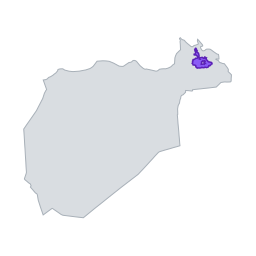 location of Kollo, Tillabéri, Niger, rotated 176°
{"feature_id": "23599985B29201413246391", "entity_name": "Kollo", "entity_type": "district", "adm_level": 2, "iso_a3": "NER", "parent_name": "Niger", "parent_adm1": "Tillabéri", "projection": "orthographic", "projection_center": [2.24, 13.192], "detail": "fine", "context": "in_parent", "style": "filled", "palette": "violet", "viewbox_px": 256, "rotation_deg": 176, "n_neighbors": 0, "source": "geoboundaries", "source_scale": "gbopen_adm2", "svg_char_len": 4489}
<svg xmlns="http://www.w3.org/2000/svg" viewBox="0 0 256 256"><g transform="rotate(176 128 128)"><path d="M209.2,181.8L206.7,182.0L205.3,182.5L203.6,184.0L201.6,184.6L199.2,185.9L197.7,187.0L196.3,187.8L194.3,189.8L193.7,191.3L191.7,191.7L188.9,191.6L187.1,190.2L182.9,188.8L180.2,188.3L179.0,188.1L172.7,188.1L165.9,188.9L162.5,189.8L161.9,189.9L160.0,190.9L158.4,192.0L154.2,196.8L148.3,196.8L144.9,196.4L142.0,195.8L137.8,193.7L132.6,190.4L130.7,190.0L128.9,189.8L128.3,189.9L122.4,193.3L121.2,193.3L119.8,193.7L118.8,194.5L118.2,195.0L117.4,195.0L116.5,194.9L115.5,194.4L114.6,193.5L112.0,189.8L111.5,189.2L110.4,188.1L108.6,186.4L107.3,185.6L106.6,185.4L105.7,185.6L100.8,184.2L96.0,182.7L94.9,182.9L94.1,183.2L92.5,184.4L90.5,184.6L88.0,184.6L86.6,184.4L84.4,184.8L82.9,185.3L80.9,186.1L78.4,188.2L77.7,188.5L77.1,188.9L76.3,194.7L75.6,196.5L74.4,198.8L71.9,201.0L70.1,202.4L70.1,204.2L70.0,207.1L70.0,209.2L70.1,210.5L69.8,211.1L69.7,211.7L69.8,212.5L70.2,212.9L70.4,213.5L70.3,213.9L69.5,214.4L68.6,213.1L67.4,212.2L66.1,211.8L65.3,211.1L64.8,210.2L63.1,208.4L59.3,204.8L58.9,204.7L58.2,204.5L57.2,205.0L56.5,205.6L56.0,205.8L55.3,205.8L53.5,206.3L52.0,206.9L52.0,207.4L52.7,210.1L52.4,211.6L51.7,210.9L49.6,208.1L48.1,206.1L47.9,205.6L47.7,204.9L47.8,204.6L48.4,204.4L49.7,204.1L50.0,203.9L50.0,203.3L49.8,202.3L49.1,200.9L48.3,199.9L47.9,199.8L47.1,199.7L46.2,199.9L44.6,201.0L43.9,201.2L42.2,201.1L40.7,200.9L39.8,200.3L37.1,198.0L34.1,195.6L32.9,195.2L32.6,195.0L32.4,193.1L32.4,190.9L32.6,190.3L33.8,190.6L35.2,190.8L35.6,190.4L34.5,189.6L33.0,188.8L32.5,187.6L32.0,187.1L31.3,186.7L30.6,186.5L29.8,186.1L29.2,185.8L28.4,185.6L27.4,185.4L26.1,183.4L24.8,181.4L24.0,179.9L23.8,179.0L24.2,177.5L23.8,176.9L22.3,175.3L21.1,173.8L21.4,171.6L21.7,169.7L21.7,168.5L21.9,167.8L22.1,167.1L22.9,166.8L25.0,166.9L29.0,167.2L32.2,166.9L32.3,166.8L34.6,164.8L37.1,162.7L40.9,162.5L44.9,162.3L48.1,162.2L52.8,162.0L56.5,161.9L60.9,161.7L61.0,160.7L61.3,160.5L61.7,160.4L64.9,161.0L67.9,161.4L68.1,159.6L70.7,157.3L72.2,156.8L72.6,156.4L73.1,155.6L73.3,154.4L73.5,153.6L74.0,152.9L74.4,151.6L74.9,149.3L76.4,146.9L77.2,143.6L77.3,140.5L77.4,138.1L77.9,137.6L77.8,133.4L77.8,129.2L77.7,125.6L77.6,121.1L77.6,117.2L77.5,113.0L77.5,109.2L77.4,106.7L80.4,106.0L83.5,105.4L88.0,104.4L92.8,103.4L98.1,102.2L99.3,101.6L103.3,97.9L105.0,96.2L108.5,92.9L111.2,90.3L114.6,87.1L118.2,83.8L121.1,81.1L125.6,78.1L132.4,73.6L139.2,69.1L145.9,64.5L152.6,59.9L159.2,55.3L165.8,50.8L172.3,46.2L178.8,41.6L185.8,42.9L192.4,44.2L199.0,45.5L200.6,46.3L204.3,49.3L209.0,53.0L209.4,53.1L213.5,50.5L218.7,47.2L220.9,55.4L222.6,62.4L223.0,66.9L223.2,68.1L223.7,68.9L224.8,69.6L229.5,75.9L228.7,77.1L229.4,79.1L230.6,79.9L234.4,83.6L234.9,84.4L234.7,85.0L232.7,89.8L232.4,90.9L232.4,96.8L232.3,101.0L232.3,106.7L232.2,113.5L232.2,119.3L232.1,127.0L232.1,134.2L228.8,138.4L222.9,145.7L218.1,151.7L215.7,155.7L211.0,163.4L209.0,168.4L207.4,171.0L206.5,172.1L207.5,175.6L209.2,181.8Z" fill="#d9dde1" stroke="#a8b0b8" stroke-width="1"/><path d="M42.0,184.4L40.8,185.4L40.3,186.0L39.7,186.1L39.7,186.9L39.9,187.2L40.6,187.8L41.4,187.8L41.8,188.2L42.5,188.2L43.3,188.5L43.8,189.1L43.9,189.6L44.2,189.7L45.0,190.9L45.1,191.7L45.5,191.8L45.3,192.0L45.5,192.4L45.1,192.6L45.9,193.1L46.4,193.5L47.0,192.9L47.0,192.4L47.4,192.3L47.8,192.2L49.0,193.3L50.0,193.2L51.4,192.9L51.9,192.5L51.9,192.1L51.6,191.7L52.1,191.8L52.1,193.5L52.3,194.6L52.1,194.9L52.1,195.4L52.3,196.8L52.6,197.9L53.4,198.4L54.0,199.6L53.6,200.2L54.0,200.5L54.3,200.5L54.4,201.3L54.1,201.7L54.8,202.8L55.4,202.3L55.9,201.9L55.8,201.7L55.7,200.8L55.9,200.5L55.2,198.7L55.5,197.9L55.6,197.5L56.6,196.9L56.9,196.9L56.8,196.3L55.9,196.1L55.1,196.1L54.1,195.3L54.0,194.8L53.4,193.9L53.7,193.1L54.2,192.7L55.6,192.9L56.7,191.9L58.3,191.7L58.4,190.6L58.8,190.5L59.0,190.1L58.9,189.6L58.9,189.0L59.5,188.0L58.7,187.0L58.7,186.4L57.5,186.1L57.2,186.2L56.1,185.6L56.1,185.1L56.1,184.4L55.8,184.1L55.8,183.9L55.0,183.2L54.8,182.9L54.6,182.9L54.3,183.1L52.5,182.9L51.0,182.9L50.0,183.4L49.1,182.9L47.8,182.9L47.6,183.2L46.3,183.2L45.9,182.9L45.6,182.8L44.9,182.9L43.9,183.1L43.5,183.7L43.2,184.5L42.6,184.7L42.2,184.7L42.0,184.4ZM46.6,187.0L47.0,187.0L47.5,186.2L48.1,186.6L49.0,186.5L49.5,186.4L50.5,186.4L50.4,187.0L50.0,188.0L50.1,188.8L49.8,189.1L48.9,189.1L48.8,189.3L48.6,189.8L48.2,189.5L47.6,189.5L47.2,189.8L46.7,189.7L46.4,189.3L46.4,188.8L46.6,188.6L47.2,188.6L47.3,188.1L47.5,187.9L46.6,187.0Z" fill="#8b5cf6" stroke="#5b21b6" stroke-width="1.5"/></g></svg>